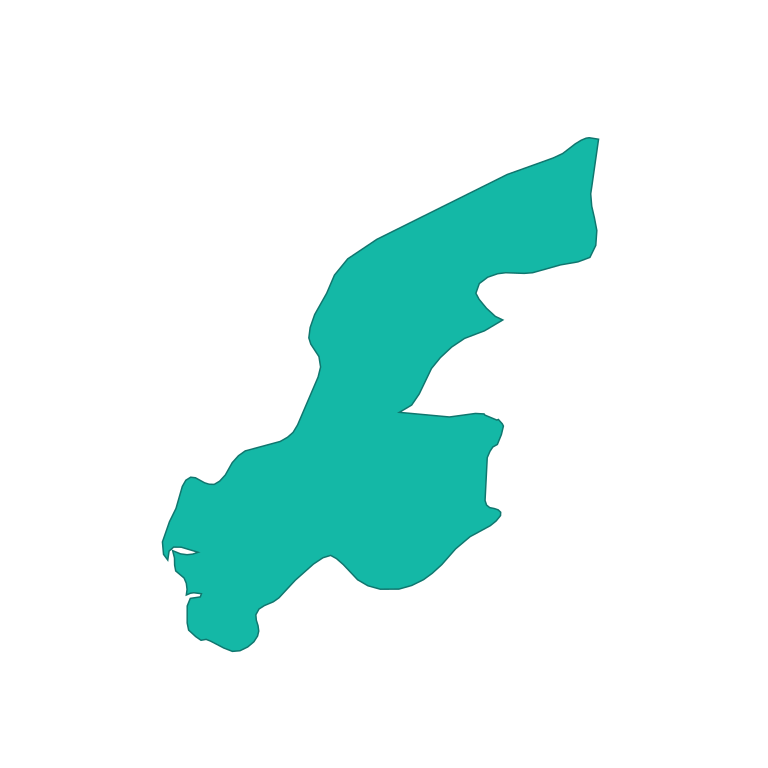 an SVG outline of Long An, rotated 110°
{"feature_id": "VNM-503", "entity_name": "Long An", "entity_type": "Province", "adm_level": 1, "iso_a3": "VNM", "parent_name": "Vietnam", "parent_adm1": "", "projection": "orthographic", "projection_center": [106.273, 10.719], "detail": "fine", "context": "isolated", "style": "filled", "palette": "teal", "viewbox_px": 768, "rotation_deg": 110, "n_neighbors": 0, "source": "natural_earth", "source_scale": "10m", "svg_char_len": 1977}
<svg xmlns="http://www.w3.org/2000/svg" viewBox="0 0 768 768"><g transform="rotate(110 384 384)"><path d="M181.3,232.4L194.6,233.8L202.9,243.5L211.7,258.9L228.6,282.4L232.1,290.1L237.8,307.7L241.5,314.9L248.2,323.1L257.0,328.8L267.3,328.7L271.9,323.6L277.8,313.6L282.4,302.5L283.2,294.3L299.7,307.8L304.4,313.3L313.6,323.9L326.2,333.1L340.0,340.1L353.2,344.7L381.3,347.5L394.3,350.8L405.4,359.9L392.6,311.2L380.4,288.0L377.9,279.7L378.7,278.6L379.3,265.6L378.2,264.4L381.0,259.2L382.7,257.4L391.4,256.4L402.0,256.8L406.0,260.2L411.0,261.4L417.9,261.8L458.9,249.2L462.7,246.2L464.0,242.4L463.3,237.8L463.2,233.7L464.6,230.5L467.8,229.5L474.4,231.8L480.7,235.6L498.0,250.9L514.4,260.3L533.9,267.9L545.3,273.9L554.3,279.9L563.8,289.0L571.6,299.8L578.1,317.3L579.1,330.1L577.0,341.8L567.6,360.5L564.3,369.0L563.3,375.5L568.1,381.9L577.3,388.7L598.8,400.3L620.9,409.6L626.5,413.5L633.1,420.6L638.2,424.5L644.7,425.5L649.6,423.2L654.2,419.7L659.0,417.2L664.1,416.6L670.7,418.1L677.7,422.1L683.9,428.1L687.1,435.0L686.9,444.2L684.9,459.3L684.8,463.8L687.4,468.3L685.8,474.5L682.1,483.4L675.9,487.2L659.9,493.0L651.7,492.7L646.9,483.8L643.5,483.8L645.2,491.3L646.8,494.3L649.9,497.6L644.4,498.8L638.9,501.6L634.7,505.5L630.9,515.8L625.8,518.8L619.1,521.4L612.9,525.6L613.2,517.1L611.8,510.7L609.3,505.6L605.7,501.1L606.7,518.8L609.2,525.9L614.5,528.8L623.4,527.0L619.5,532.9L608.2,538.2L586.8,538.5L572.1,536.9L549.2,538.5L542.2,537.3L537.7,533.8L536.6,529.1L538.2,518.8L538.0,514.1L536.4,509.2L531.5,505.2L523.8,502.0L509.8,499.7L501.1,496.2L494.3,491.5L473.5,461.9L467.0,456.4L460.6,452.9L452.0,451.2L400.0,448.3L389.7,449.4L380.5,454.5L371.6,466.4L366.4,470.4L356.2,472.7L342.4,472.9L318.3,468.9L298.6,467.8L278.8,460.9L250.5,440.2L145.0,339.9L113.8,302.4L106.3,294.9L92.9,286.4L87.5,282.1L83.9,278.2L82.4,275.4L81.1,268.8L80.6,266.1L127.2,256.3L134.6,254.8L145.9,249.6L155.3,243.5L155.4,243.4L167.0,236.5L181.3,232.4Z" fill="#14b8a6" stroke="#0f766e" stroke-width="1.5"/></g></svg>